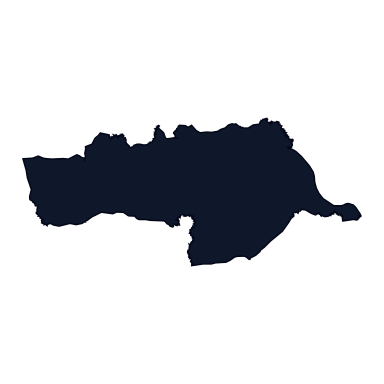 Phon Sawan, Nakhon Phanom, Thailand (orthographic projection)
{"feature_id": "78962969B77230188112326", "entity_name": "Phon Sawan", "entity_type": "district", "adm_level": 2, "iso_a3": "THA", "parent_name": "Thailand", "parent_adm1": "Nakhon Phanom", "projection": "orthographic", "projection_center": [104.429, 17.459], "detail": "fine", "context": "isolated", "style": "filled", "palette": "ink", "viewbox_px": 384, "rotation_deg": 0, "n_neighbors": 0, "source": "geoboundaries", "source_scale": "gbopen_adm2", "svg_char_len": 6064}
<svg xmlns="http://www.w3.org/2000/svg" viewBox="0 0 384 384"><path d="M191.7,265.6L203.3,263.9L211.3,263.9L215.6,262.8L225.8,262.2L229.8,260.4L234.6,257.0L237.5,256.3L244.1,256.1L246.5,257.0L248.7,259.1L249.8,259.4L250.5,257.9L255.6,255.3L260.0,251.5L260.3,250.3L264.4,247.1L270.5,241.0L282.4,231.2L288.8,222.2L291.0,218.5L290.8,217.6L291.6,218.0L293.6,216.3L293.3,215.6L293.8,215.7L293.8,214.8L292.8,214.1L293.5,213.2L292.9,213.0L293.8,212.2L295.5,212.6L296.6,212.0L298.0,213.2L298.8,211.4L299.7,210.7L300.3,211.0L301.5,209.4L305.5,209.9L311.1,213.2L315.4,214.9L319.1,212.9L319.5,213.4L319.2,214.0L320.8,214.9L320.7,215.5L321.4,216.1L322.1,215.5L324.7,216.6L328.2,216.2L329.2,215.3L329.8,215.5L329.8,214.9L330.5,215.1L330.3,214.7L331.2,214.4L331.5,214.0L331.1,213.8L331.9,213.3L332.6,214.1L333.6,214.0L333.7,212.2L334.8,212.4L335.0,211.5L335.4,212.6L336.6,212.6L336.5,213.8L337.6,214.2L338.3,215.1L340.9,214.7L341.1,214.3L341.7,214.7L341.8,215.5L341.2,215.9L342.5,216.4L342.2,216.7L342.8,221.0L353.6,219.4L356.8,220.0L357.1,219.4L357.8,219.4L358.0,218.2L358.4,218.4L359.2,217.7L359.0,216.5L359.9,216.6L359.6,215.7L360.7,216.3L361.0,216.0L359.8,213.5L355.6,207.3L353.3,205.0L348.3,203.5L346.1,203.8L343.2,205.3L340.7,205.8L333.7,205.7L322.9,198.5L318.8,193.2L316.3,188.2L314.7,182.3L314.2,176.0L313.1,172.0L309.3,165.8L301.3,156.4L295.8,151.4L292.3,149.4L288.1,148.2L288.4,147.3L288.0,146.9L289.1,146.9L289.5,147.5L291.5,147.4L291.4,146.7L292.5,145.1L292.1,145.3L292.3,144.2L291.8,143.7L292.1,143.0L291.3,143.0L291.7,141.4L292.8,141.2L293.0,140.2L292.4,140.4L292.3,139.6L291.4,140.2L290.9,139.3L289.2,139.6L288.8,138.1L288.0,137.9L288.5,136.8L286.9,136.3L287.5,136.0L287.6,135.4L285.8,134.0L285.7,133.5L285.2,134.3L285.2,133.3L286.0,132.7L284.1,132.4L284.9,131.1L284.3,130.8L284.4,130.3L283.4,130.0L283.6,129.1L282.8,128.8L282.6,129.7L281.5,129.9L281.1,126.6L281.7,126.0L280.2,125.4L279.9,124.1L278.3,123.9L279.0,122.3L276.9,121.5L276.1,122.2L273.4,122.4L271.5,121.3L271.0,121.8L271.7,123.0L270.5,124.3L270.4,123.0L269.2,122.3L268.0,122.6L267.0,121.7L266.9,121.0L267.6,119.5L266.8,118.4L262.7,119.5L261.7,120.9L261.0,120.6L260.7,121.8L259.9,122.2L260.0,123.3L259.1,124.2L253.2,125.0L248.1,128.1L243.4,128.1L242.7,127.4L241.5,127.6L240.6,127.3L240.4,126.6L239.0,126.4L235.9,123.9L234.3,124.3L232.0,123.8L228.5,125.0L225.1,128.0L220.6,129.5L217.9,131.3L211.9,132.4L206.4,132.1L200.0,132.8L196.1,130.5L191.6,125.3L187.8,127.6L187.8,127.1L185.2,125.7L179.7,125.3L178.3,126.2L178.1,127.7L176.8,128.6L176.6,130.4L175.8,130.3L173.8,132.4L173.7,133.5L174.5,134.1L175.3,135.8L175.0,137.4L176.4,138.2L176.0,138.3L173.5,137.9L167.8,138.8L165.6,138.4L163.5,132.6L158.6,128.3L158.4,127.6L159.3,126.0L158.6,125.5L157.9,126.3L157.4,126.1L157.2,127.3L156.6,127.2L156.8,128.3L155.1,128.8L155.8,129.3L155.5,129.8L156.5,129.9L155.7,130.5L156.0,131.9L154.8,132.2L155.7,132.8L154.6,133.6L154.9,134.1L155.4,133.8L155.3,134.4L154.3,134.9L155.1,136.1L154.7,136.7L155.3,137.1L154.3,138.5L153.2,138.8L153.5,140.1L152.6,140.9L152.3,142.1L150.0,142.2L150.0,142.9L148.3,143.4L148.0,144.5L145.9,144.9L143.6,145.0L139.7,144.2L137.2,144.2L134.1,145.3L132.7,146.9L130.4,147.6L129.5,147.1L129.3,146.1L126.5,143.4L125.7,141.2L126.1,140.1L125.2,139.0L125.5,138.2L125.2,137.8L124.5,138.4L123.5,137.2L123.7,135.4L122.9,135.1L122.5,134.2L121.8,134.3L122.2,134.5L121.6,135.1L121.8,135.7L120.8,135.8L120.4,134.8L120.3,135.7L119.7,135.5L119.6,136.1L118.2,135.8L118.3,137.6L117.3,137.2L117.5,136.6L116.7,136.5L116.5,135.6L115.7,136.2L115.0,135.6L115.3,135.1L114.5,135.4L113.8,135.1L114.3,135.8L114.0,136.6L113.4,136.4L112.6,136.9L112.9,138.0L112.6,137.6L111.4,138.7L111.4,137.9L110.6,137.7L110.8,137.1L109.7,137.6L109.3,137.1L109.1,134.9L100.3,133.0L98.4,135.5L95.0,138.3L92.0,144.2L85.5,146.7L85.7,149.1L84.8,153.4L85.5,156.5L84.9,157.6L85.2,157.9L84.8,160.0L83.0,157.7L82.1,157.8L79.3,155.8L76.8,154.8L68.4,159.1L63.4,158.6L52.0,159.1L47.3,158.8L43.6,158.3L38.2,156.1L32.6,158.2L23.0,158.8L26.2,170.1L27.5,178.1L31.4,189.6L29.7,196.3L29.7,198.9L30.5,200.1L32.5,201.0L32.7,201.9L33.6,202.8L34.5,202.8L35.4,205.8L37.2,205.7L37.6,206.2L37.0,209.9L37.3,211.7L36.3,212.3L36.4,213.5L38.9,215.4L38.3,216.1L40.0,216.3L40.3,218.2L41.6,217.8L42.1,218.8L41.6,220.2L42.3,220.2L41.7,220.7L42.1,222.3L41.7,222.8L42.7,223.4L43.0,223.0L44.0,223.4L44.1,224.7L45.4,224.1L47.1,225.6L47.3,224.5L50.2,223.3L53.5,225.0L59.1,226.1L70.0,223.4L76.2,224.6L82.0,223.4L84.9,221.6L85.6,221.9L86.1,220.4L87.1,220.4L91.8,216.9L101.3,212.2L112.9,213.7L116.6,212.0L123.4,212.3L128.5,215.8L134.7,216.1L136.9,218.5L139.0,219.5L145.5,219.5L150.3,220.3L163.8,220.8L165.3,221.6L167.0,223.7L169.4,224.9L169.9,226.0L172.7,227.0L173.3,226.5L173.9,224.1L174.7,224.1L175.7,225.2L176.4,225.1L177.0,225.6L177.8,224.7L179.4,225.0L179.0,223.3L178.2,223.5L177.9,222.9L178.5,222.4L178.1,221.3L178.9,221.3L179.0,220.7L177.6,219.8L176.2,219.8L176.9,219.0L178.0,218.9L177.6,218.0L178.6,217.5L178.7,216.5L179.4,216.5L180.0,217.6L180.7,215.1L182.7,214.7L183.4,214.0L184.0,214.4L183.4,214.8L184.2,215.2L183.8,215.9L184.6,216.0L184.1,216.5L185.1,215.8L185.8,216.2L188.9,214.7L188.8,215.7L189.7,216.3L190.5,215.6L192.5,216.1L191.9,216.6L192.5,217.2L192.0,217.4L192.4,217.7L192.1,218.7L194.7,219.9L195.1,220.7L194.4,220.8L194.8,221.2L194.1,221.6L194.9,221.9L194.6,222.7L195.2,223.0L194.6,223.4L194.8,224.1L194.2,223.9L194.3,224.4L193.7,224.3L194.5,226.2L194.0,226.2L193.4,227.1L192.9,226.5L192.9,227.5L191.9,227.6L191.5,229.0L189.9,230.0L190.9,232.4L190.0,232.4L190.4,232.9L189.7,233.3L190.8,233.9L190.9,235.5L192.6,236.2L192.4,237.0L192.9,237.1L192.5,237.4L193.1,238.1L192.8,238.5L193.4,238.6L193.1,239.0L193.6,240.0L193.4,240.5L192.8,240.4L192.5,241.7L191.5,241.9L191.1,242.7L191.5,243.2L190.9,243.2L190.9,244.2L189.9,244.6L189.2,244.2L189.9,246.9L189.3,247.0L189.1,249.7L188.0,250.4L187.6,252.2L188.2,253.8L189.5,254.9L188.7,256.0L189.3,256.6L188.9,257.3L189.8,258.0L189.7,258.5L190.7,258.2L191.5,259.0L190.6,261.3L191.6,262.9L191.9,262.7L192.4,263.2L191.9,263.3L192.3,264.3L191.8,264.4L191.7,265.6Z" fill="#0f172a" stroke="#020617" stroke-width="1.5"/></svg>